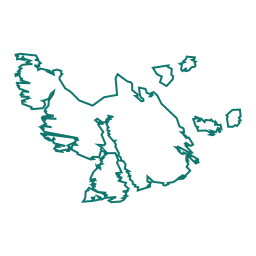 the district of Sund nor, Hordaland, Norway
{"feature_id": "86288312B82260053973659", "entity_name": "Sund nor", "entity_type": "district", "adm_level": 2, "iso_a3": "NOR", "parent_name": "Norway", "parent_adm1": "Hordaland", "projection": "robinson", "projection_center": [5.059, 60.233], "detail": "fine", "context": "isolated", "style": "outline", "palette": "teal", "viewbox_px": 256, "rotation_deg": 0, "n_neighbors": 0, "source": "geoboundaries", "source_scale": "gbopen_adm2", "svg_char_len": 5783}
<svg xmlns="http://www.w3.org/2000/svg" viewBox="0 0 256 256"><path d="M62.2,74.0L61.1,73.6L61.3,70.9L56.8,69.6L52.8,70.7L53.8,74.5L48.5,72.1L50.7,71.9L49.5,70.7L40.9,68.7L38.1,69.9L38.4,68.3L34.5,65.2L39.2,66.1L38.8,64.1L40.7,63.2L37.9,60.3L35.0,59.9L38.0,59.1L36.0,55.5L20.2,53.8L15.6,54.7L16.1,56.0L19.2,56.3L17.2,56.3L17.0,59.3L21.5,58.8L22.9,56.6L23.6,57.8L22.2,59.6L24.3,59.9L24.4,58.9L30.3,60.7L26.8,62.2L32.4,64.5L26.3,63.2L27.7,64.3L22.4,64.8L19.3,67.2L21.3,68.5L19.3,69.8L20.0,70.9L17.8,71.5L18.9,73.7L19.9,73.2L20.6,73.3L18.6,73.9L15.4,73.8L16.5,74.3L15.4,74.5L15.7,76.0L19.1,74.7L20.7,78.4L23.0,78.8L20.7,79.1L20.7,80.3L30.2,83.2L16.0,82.8L18.0,83.8L17.6,85.5L20.1,86.5L17.9,86.2L19.4,88.7L29.0,92.0L23.1,91.4L21.4,93.3L22.9,94.6L20.7,94.9L21.9,96.8L28.2,96.8L27.6,97.8L28.9,98.2L22.9,100.4L24.4,101.5L22.0,101.6L22.5,103.8L31.6,107.2L31.2,108.7L32.3,109.1L42.8,108.2L45.1,105.0L44.2,101.3L42.7,100.8L48.6,98.9L50.9,93.8L53.9,91.1L53.1,94.4L48.8,100.6L48.4,105.8L45.5,108.6L45.0,110.3L45.9,111.1L44.9,111.4L47.0,114.6L53.9,115.8L41.8,116.6L56.4,118.9L42.0,118.1L42.7,120.0L45.6,119.2L43.9,122.0L46.0,123.9L43.2,125.3L51.6,127.3L43.9,126.1L40.6,127.0L44.4,128.7L41.9,128.8L44.5,131.9L77.2,138.0L77.9,140.0L76.1,140.4L74.7,143.1L76.6,144.9L73.0,144.7L71.5,147.7L72.1,149.8L77.7,152.7L77.4,154.0L90.6,159.5L93.6,159.1L91.6,157.7L92.9,156.8L99.1,157.2L100.8,151.5L102.1,151.1L100.9,149.2L102.2,147.5L98.0,144.8L104.2,145.2L105.4,143.8L101.5,134.6L103.3,132.0L98.2,124.7L98.7,123.3L95.2,120.2L97.3,118.7L101.5,121.8L99.8,122.0L100.1,123.9L102.7,123.7L102.3,122.3L105.7,122.4L106.2,120.0L109.1,117.2L108.5,115.9L113.5,116.9L110.2,116.6L111.0,117.4L109.3,118.2L110.1,119.0L108.0,119.0L108.8,120.1L106.6,124.3L108.4,127.3L107.6,127.3L107.4,130.5L109.3,131.0L108.1,133.2L109.5,134.3L108.4,135.3L113.2,140.9L114.9,140.8L114.0,141.5L115.9,144.6L115.3,146.5L119.1,153.6L118.0,155.3L120.7,157.4L121.4,160.1L120.2,160.5L123.4,161.2L125.6,164.4L124.8,168.8L129.1,171.2L126.8,172.0L129.1,173.9L128.6,176.1L130.4,175.9L129.7,179.2L132.6,181.5L132.9,184.2L135.3,184.9L134.8,186.5L138.2,187.1L137.7,190.5L150.1,186.6L150.0,185.5L148.2,185.7L151.0,182.5L147.4,181.5L147.5,176.4L153.6,181.9L163.4,183.1L163.2,185.0L164.8,185.6L168.5,184.1L167.8,182.9L173.0,182.2L178.2,179.0L183.1,178.7L184.6,177.4L179.6,177.4L182.7,175.3L184.9,176.1L190.2,170.7L186.6,166.8L188.4,163.9L186.5,161.1L186.3,159.4L188.0,160.3L186.5,156.6L189.5,157.4L186.4,153.7L183.5,152.6L183.5,153.9L181.9,153.8L179.3,151.8L178.6,150.9L179.5,150.6L176.0,147.5L178.3,147.9L177.1,146.2L188.5,152.1L187.8,154.2L190.0,154.3L190.6,158.4L195.9,163.5L198.1,162.3L195.0,161.1L196.3,160.1L197.8,161.7L198.1,159.3L191.2,155.4L189.6,152.8L192.0,152.6L185.9,146.0L188.3,145.5L185.0,143.7L185.9,142.8L190.7,145.9L193.1,144.6L188.8,137.5L186.2,138.0L185.0,136.5L186.9,136.9L181.2,132.3L184.1,132.3L183.5,128.4L179.4,126.4L176.8,118.3L161.4,103.7L157.4,95.6L153.6,92.1L151.6,92.9L152.6,95.0L150.7,95.9L152.1,96.2L150.2,96.4L151.5,94.4L146.9,93.0L145.4,88.9L139.0,87.6L139.9,94.9L140.9,97.5L143.3,98.9L143.4,100.9L141.4,101.3L135.4,96.0L137.5,96.0L137.7,94.5L132.2,90.1L132.1,84.0L130.8,82.3L127.5,81.5L117.6,74.2L115.6,78.2L117.1,94.9L104.2,97.2L92.6,105.6L79.3,100.5L70.3,91.5L65.2,88.4L59.5,79.2L59.6,77.1L62.2,74.0ZM102.2,163.8L98.5,165.1L99.6,165.5L98.7,166.9L100.3,167.5L100.3,168.8L96.6,165.8L97.3,168.2L93.6,171.7L90.7,177.8L90.4,179.3L91.5,179.7L90.8,181.1L92.8,180.9L91.8,179.5L95.0,179.0L95.4,180.1L94.6,179.9L94.4,180.3L94.1,180.0L93.9,180.2L92.4,183.3L96.2,184.1L91.9,184.9L95.6,186.9L92.6,186.2L92.9,188.6L98.3,192.0L105.3,192.7L105.1,194.6L106.7,195.0L106.1,196.8L107.0,197.8L116.1,197.0L108.8,200.6L111.2,202.2L120.6,201.5L124.1,199.6L125.1,198.2L123.0,197.9L126.7,196.2L124.9,195.6L126.4,194.7L125.7,193.0L127.1,191.5L122.5,191.7L127.3,190.5L128.6,188.7L124.8,185.3L126.0,182.9L117.8,180.6L120.4,180.6L119.7,180.0L120.9,178.7L118.7,177.3L120.4,177.0L118.3,176.0L119.2,175.0L116.6,174.6L116.2,173.2L121.7,172.4L117.0,162.8L118.2,160.0L115.4,153.1L107.1,153.2L104.2,150.1L104.5,153.3L106.7,153.9L101.1,158.3L103.1,158.3L100.7,160.4L102.0,161.4L100.8,163.2L102.2,163.8ZM73.6,137.8L40.2,133.5L47.1,135.2L43.4,135.8L45.8,138.2L48.0,137.7L49.1,138.7L46.7,138.9L49.5,140.5L52.1,140.5L53.7,138.0L54.4,139.0L53.3,139.2L53.3,142.4L54.5,143.4L65.2,145.9L55.4,145.1L58.4,146.8L55.5,147.0L54.2,148.7L58.3,150.7L55.0,150.4L56.0,150.9L61.9,151.8L60.9,150.7L67.9,149.4L67.3,151.0L68.9,151.1L70.0,149.3L69.1,147.9L70.3,147.4L67.7,145.5L74.6,142.3L76.1,140.0L73.6,137.8ZM199.9,118.7L194.7,116.3L196.7,118.4L193.2,119.1L195.8,126.3L198.1,127.1L197.2,128.3L198.0,130.8L206.1,130.5L212.2,133.4L209.8,134.6L212.9,135.2L214.2,134.4L211.1,130.8L215.9,132.2L217.6,128.7L219.4,132.0L220.3,131.6L218.6,128.3L221.4,129.1L220.6,124.8L217.7,125.0L216.2,122.7L216.2,124.6L215.1,124.8L215.4,121.9L212.8,121.3L210.6,118.8L211.5,120.6L205.5,119.9L204.6,122.0L201.2,118.7L199.8,121.0L198.0,121.1L199.9,118.7ZM166.6,86.0L172.7,79.3L173.2,76.4L171.3,74.6L171.8,69.0L167.9,66.9L168.4,65.4L152.9,67.8L157.0,74.3L161.8,76.6L160.0,82.2L166.6,86.0ZM239.9,109.6L232.5,109.9L226.4,115.3L227.7,116.4L227.0,118.2L228.2,126.7L232.8,126.8L235.1,125.1L237.1,126.0L239.6,122.7L238.8,121.2L240.6,120.4L238.8,117.7L240.6,116.3L239.9,109.6ZM100.0,199.4L97.8,196.3L100.6,197.5L101.5,199.5L105.4,197.8L104.7,194.8L101.7,192.9L97.7,192.2L89.0,187.8L87.8,189.3L88.4,190.3L85.7,191.3L85.2,198.2L83.0,201.7L92.4,201.0L92.8,199.1L91.2,197.0L92.7,198.3L94.3,197.3L93.6,200.0L94.7,200.6L100.0,199.4ZM194.8,57.4L186.7,56.6L186.0,59.1L183.4,61.1L184.8,62.1L180.0,63.8L181.9,64.7L181.1,69.6L182.5,71.1L186.4,68.0L185.0,70.7L185.9,71.2L189.3,70.2L191.3,67.4L194.7,66.7L195.5,65.6L194.6,62.5L195.7,61.7L192.0,59.9L194.4,59.1L194.8,57.4Z" fill="none" stroke="#0f766e" stroke-width="2"/></svg>